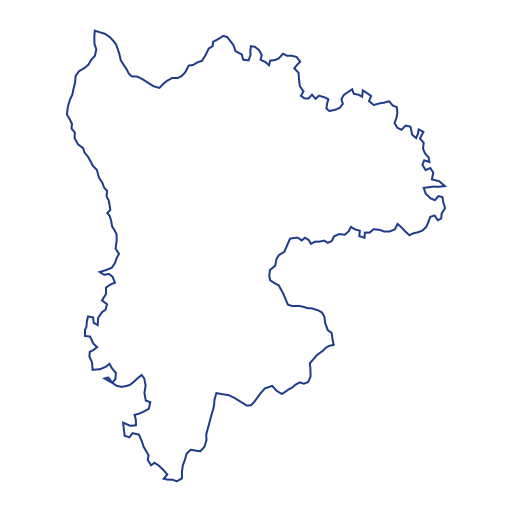 Boa Vista do Incra, Rio Grande do Sul, Brazil (Mercator projection)
{"feature_id": "56859067B24562210990052", "entity_name": "Boa Vista do Incra", "entity_type": "district", "adm_level": 2, "iso_a3": "BRA", "parent_name": "Brazil", "parent_adm1": "Rio Grande do Sul", "projection": "mercator", "projection_center": [-53.454, -28.887], "detail": "fine", "context": "isolated", "style": "outline", "palette": "blue", "viewbox_px": 512, "rotation_deg": 0, "n_neighbors": 0, "source": "geoboundaries", "source_scale": "gbopen_adm2", "svg_char_len": 4426}
<svg xmlns="http://www.w3.org/2000/svg" viewBox="0 0 512 512"><path d="M112.2,382.8L116.8,385.9L121.5,386.8L126.3,386.1L130.2,384.7L133.8,381.8L136.9,378.9L141.6,375.0L144.2,378.4L145.6,385.6L144.4,392.9L145.8,400.6L150.3,402.1L148.8,408.8L143.5,411.7L139.0,413.7L134.6,414.8L135.9,420.0L135.9,425.3L130.3,425.8L123.1,422.7L123.7,428.0L124.7,435.8L129.4,437.3L132.5,433.2L138.9,434.6L141.7,440.9L143.6,446.8L146.6,451.8L148.6,455.4L147.7,459.9L151.1,465.3L154.5,462.8L158.8,465.6L163.5,470.1L167.3,474.5L163.7,478.7L167.3,479.6L172.4,479.7L176.8,481.3L181.9,478.4L182.0,471.5L182.8,465.5L185.1,459.1L186.6,453.6L190.9,449.7L196.4,450.8L200.2,451.3L204.4,446.9L206.5,440.1L206.2,434.8L207.5,429.7L208.9,424.6L210.9,417.0L213.2,409.0L214.1,404.9L214.5,399.6L216.4,393.1L222.3,394.2L228.6,395.1L234.1,397.7L241.2,402.1L246.9,405.6L251.1,405.3L254.5,401.5L257.6,397.3L260.7,393.1L264.9,388.4L272.2,385.9L276.9,391.0L282.0,394.0L288.5,389.5L292.3,387.5L295.2,384.9L299.6,382.4L303.9,383.7L308.1,382.1L310.6,376.3L310.4,368.7L309.8,363.3L317.1,355.0L322.4,351.1L326.0,347.6L329.4,345.8L333.7,344.9L332.5,339.3L331.7,333.0L327.8,330.2L325.2,323.2L324.5,317.1L322.1,312.6L318.1,310.3L311.9,308.4L307.7,308.2L303.6,306.9L299.0,305.9L292.3,306.1L287.8,304.5L283.4,293.9L278.7,285.3L274.1,282.9L270.3,280.4L269.2,275.8L270.0,270.0L275.3,265.6L276.5,258.8L279.1,254.9L284.3,251.9L287.6,244.2L290.0,238.7L293.7,238.0L297.9,237.7L301.7,240.5L304.9,237.7L308.7,240.0L311.0,243.8L315.0,241.7L319.1,241.7L324.2,240.6L327.6,242.8L331.6,241.2L334.1,236.3L339.0,234.1L344.9,234.7L348.5,231.5L351.0,226.9L355.0,229.4L359.8,230.7L359.3,236.1L364.5,237.8L364.9,232.6L369.6,232.6L373.7,229.2L379.9,229.9L384.0,231.5L389.5,231.5L394.8,229.4L397.6,223.9L401.4,227.3L405.1,231.3L409.3,235.2L413.8,233.2L418.1,232.2L422.4,230.6L426.2,227.0L428.1,222.7L430.3,216.8L434.6,215.5L437.8,220.2L441.2,218.5L441.7,213.4L445.1,208.1L443.2,202.0L442.5,197.2L438.4,196.1L434.9,200.2L430.4,198.3L425.6,193.5L423.7,187.9L428.9,187.2L433.7,186.6L438.6,186.8L444.8,186.1L439.4,181.3L431.9,179.4L433.3,172.7L430.3,168.0L425.6,170.1L422.4,164.8L424.2,160.3L429.4,162.0L428.6,157.4L425.1,153.5L423.0,148.8L423.7,142.7L419.9,138.6L423.4,131.9L418.7,129.4L417.9,133.8L416.1,138.1L412.2,134.7L410.4,126.6L405.5,125.6L401.5,129.8L397.4,127.8L394.5,123.1L396.4,118.2L397.4,112.7L396.8,107.1L392.7,105.5L389.1,101.3L384.0,102.7L379.4,103.4L373.8,105.0L369.0,101.2L371.1,96.0L366.6,92.8L362.9,90.4L362.1,96.7L358.5,94.7L353.8,93.8L352.2,89.3L348.1,92.0L344.0,94.8L341.4,99.0L342.8,103.9L339.5,108.0L335.6,109.6L329.5,111.1L326.4,108.5L327.0,103.9L328.4,99.3L324.2,97.2L318.9,95.7L315.6,98.8L312.0,94.7L308.5,98.5L304.5,98.4L300.9,95.8L303.5,91.4L299.8,86.1L299.0,79.1L298.6,72.8L294.3,68.4L297.1,64.8L300.2,61.7L296.6,57.0L291.7,55.7L287.0,55.8L283.0,53.7L278.7,58.5L274.6,60.1L270.2,60.6L269.0,65.2L265.3,62.0L260.6,59.8L261.7,55.1L259.0,50.0L254.8,46.8L250.9,46.2L250.3,50.8L250.5,55.1L248.5,60.4L243.2,59.7L241.8,54.5L235.5,51.1L233.4,45.1L230.6,41.4L227.2,37.0L223.2,35.9L217.9,39.3L213.0,41.9L212.6,46.2L208.7,48.6L205.7,54.8L202.0,60.8L196.9,62.6L193.5,64.8L188.6,65.7L185.2,72.4L181.3,76.3L177.6,78.0L172.2,78.0L166.9,80.9L163.7,83.5L159.4,87.9L153.7,86.3L149.3,83.6L143.5,79.8L137.5,76.6L131.6,76.3L128.8,73.6L126.8,69.6L123.9,65.2L120.7,60.1L119.2,53.4L116.3,44.9L114.0,41.6L109.9,37.2L105.0,33.8L99.9,32.3L94.8,30.7L94.3,37.2L94.5,44.0L96.3,49.3L94.9,55.8L91.2,59.8L88.4,64.7L85.0,67.6L79.0,71.2L75.6,75.9L75.0,83.0L73.3,89.8L72.3,94.8L69.8,99.9L67.9,106.7L66.9,114.6L69.5,118.7L72.0,124.0L71.5,128.5L74.8,132.4L74.6,138.3L78.1,144.4L83.1,148.1L84.5,152.5L87.8,156.5L90.7,161.5L92.9,165.9L96.9,169.9L99.0,177.6L102.4,182.9L104.2,187.8L107.1,190.9L106.6,196.5L108.7,200.4L109.5,204.8L110.3,210.0L107.3,213.0L109.7,216.0L111.1,220.6L112.1,226.4L114.5,230.1L116.6,234.5L116.7,240.3L115.6,248.6L119.0,253.9L116.6,258.2L115.0,263.0L111.7,267.8L105.8,270.2L99.7,272.0L104.2,274.8L108.9,273.9L112.7,277.0L115.0,282.7L110.3,284.6L106.0,287.6L106.0,293.9L102.0,300.5L107.0,304.2L105.6,309.6L102.0,312.2L98.1,317.9L97.7,325.1L93.7,322.8L93.1,317.4L88.0,316.5L86.9,321.2L86.5,326.3L85.0,330.2L85.0,336.0L90.0,336.5L93.4,343.7L97.1,347.1L93.4,350.1L89.8,351.8L89.4,356.6L92.1,362.5L92.5,369.8L100.1,369.2L105.7,366.8L109.5,363.9L111.9,368.2L115.9,372.9L115.4,379.1L112.2,382.8ZM112.2,382.8L108.3,377.5L104.6,378.5L112.2,382.8Z" fill="none" stroke="#1e3a8a" stroke-width="2"/></svg>